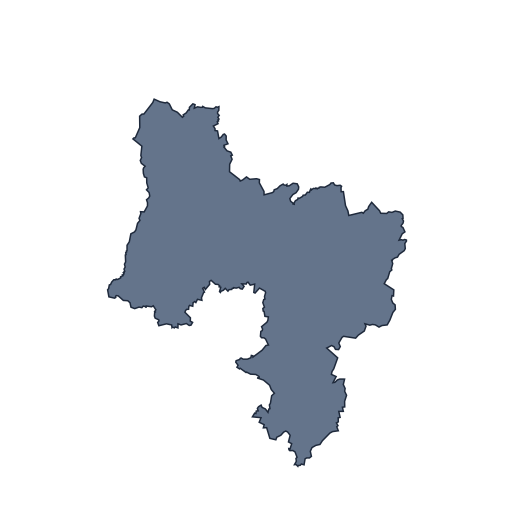 outline of Castlecomer Lea-6, Kilkenny, Ireland, rotated 46°
{"feature_id": "5873133B64283034933999", "entity_name": "Castlecomer Lea-6", "entity_type": "district", "adm_level": 2, "iso_a3": "IRL", "parent_name": "Ireland", "parent_adm1": "Kilkenny", "projection": "mercator", "projection_center": [-7.296, 52.74], "detail": "fine", "context": "isolated", "style": "filled", "palette": "slate", "viewbox_px": 512, "rotation_deg": 46, "n_neighbors": 0, "source": "geoboundaries", "source_scale": "gbopen_adm2", "svg_char_len": 6153}
<svg xmlns="http://www.w3.org/2000/svg" viewBox="0 0 512 512"><g transform="rotate(46 256 256)"><path d="M74.6,242.6L82.9,250.4L87.1,260.6L86.2,262.0L86.3,263.2L97.7,261.8L103.7,269.0L105.7,269.9L106.9,272.9L109.7,274.1L114.4,273.4L114.6,275.8L115.3,277.0L118.3,279.6L121.6,281.3L123.8,280.3L127.5,283.8L132.1,286.2L132.3,288.8L136.1,288.8L139.1,290.8L139.7,292.9L139.5,295.7L142.3,297.0L144.6,299.3L146.6,305.8L143.9,308.3L145.5,309.4L147.7,314.0L149.8,314.8L150.2,318.5L153.8,324.2L154.3,326.7L153.1,330.6L157.8,337.3L158.7,341.3L162.4,344.9L162.4,345.9L163.2,346.2L163.1,347.4L164.7,348.5L164.5,349.3L169.7,353.9L170.5,356.3L173.1,357.8L173.7,360.0L175.8,361.0L175.6,361.9L176.3,362.3L175.9,363.1L177.0,363.3L177.4,364.3L176.8,365.2L177.7,365.5L176.9,367.8L177.7,368.5L176.8,371.8L175.4,372.6L175.7,373.4L174.3,374.8L174.5,377.9L175.5,380.5L174.9,381.6L177.1,384.7L177.2,386.2L183.2,390.2L188.1,387.0L188.4,385.7L187.5,385.1L187.4,384.0L189.0,382.8L195.8,382.3L199.1,379.3L202.1,379.1L206.0,381.5L209.6,379.8L211.5,375.6L213.9,374.0L213.7,371.9L215.7,370.6L216.9,371.0L215.7,369.7L220.0,366.4L220.4,364.5L225.1,365.4L225.6,367.6L226.4,367.4L226.4,368.3L228.6,370.8L230.7,371.7L234.3,370.3L235.3,370.9L235.5,372.9L238.7,374.3L242.6,367.5L247.0,364.6L249.2,366.2L249.2,365.4L251.0,364.7L250.9,363.4L253.5,362.1L250.6,359.2L253.5,357.8L256.2,353.0L259.6,352.3L260.6,350.8L259.7,347.7L257.2,348.5L254.9,346.1L247.1,346.2L246.3,344.6L246.2,343.0L247.5,341.5L245.6,339.3L245.4,338.1L248.2,336.4L245.9,333.7L246.2,331.7L247.7,331.6L246.5,328.2L250.3,325.7L248.2,324.3L245.9,319.1L246.2,318.2L242.2,316.8L242.6,315.0L244.9,315.7L244.2,309.0L242.0,307.2L242.3,305.2L248.1,304.8L250.2,303.0L252.2,302.9L252.5,303.9L254.0,303.1L256.3,307.0L257.5,306.9L257.0,305.8L258.0,303.3L257.9,300.6L261.8,300.6L261.5,298.7L263.2,296.7L262.8,295.5L263.6,294.5L263.3,294.0L265.3,292.6L266.8,289.9L268.6,290.0L270.3,288.9L269.6,285.7L266.2,285.5L269.4,282.5L268.8,280.8L269.3,279.9L273.0,280.4L275.3,276.5L280.7,282.9L282.0,282.4L281.5,275.8L287.8,273.9L289.1,274.6L291.1,278.1L293.2,279.5L292.7,280.7L294.3,283.5L298.7,285.5L298.5,287.5L300.6,289.1L301.5,288.7L305.6,291.5L308.4,289.4L310.6,292.3L311.2,294.2L310.7,301.1L313.1,302.0L314.0,303.3L313.6,304.9L316.8,308.6L318.6,308.8L320.4,307.1L322.4,306.8L328.7,308.9L327.3,311.0L328.0,317.0L326.6,328.4L325.6,327.6L324.3,328.4L325.6,330.4L324.2,333.9L321.3,336.9L319.0,337.6L318.7,338.6L319.1,339.6L317.5,343.0L318.3,344.3L322.1,344.8L322.8,347.0L325.8,346.3L325.8,345.4L332.9,344.1L333.0,343.4L337.2,342.0L341.1,338.4L344.8,337.5L345.7,338.2L344.5,339.9L350.4,336.8L358.4,336.0L362.7,337.8L367.5,338.1L367.4,341.8L372.0,348.0L372.4,349.8L375.5,352.0L375.0,353.1L376.8,356.0L372.5,355.5L369.1,356.8L366.8,355.9L366.2,358.9L366.6,360.9L368.9,362.0L367.7,363.5L369.2,365.5L368.1,366.1L369.2,370.3L375.8,364.7L377.8,369.2L383.0,367.3L384.7,370.1L386.9,367.6L396.8,372.7L402.0,369.4L400.8,366.9L402.2,362.7L401.9,358.4L402.6,356.2L404.5,355.5L408.7,356.0L412.3,361.8L415.8,360.7L418.4,365.5L417.3,366.2L418.3,366.9L419.5,366.9L421.6,364.6L424.0,364.0L429.3,366.3L429.4,367.9L431.7,369.6L432.8,373.3L433.9,372.0L436.4,372.0L436.0,371.2L437.3,369.6L437.1,367.9L439.6,366.5L436.0,361.6L436.4,359.9L438.4,357.8L438.6,355.3L434.2,352.6L432.7,348.8L433.8,344.5L436.0,340.9L435.0,336.6L434.7,325.8L435.5,322.9L438.9,318.2L434.9,316.5L435.0,314.9L431.9,314.1L432.5,312.0L429.5,309.3L430.5,307.6L425.3,304.4L428.4,301.1L424.8,298.9L426.2,297.0L422.1,293.2L419.1,287.6L414.9,286.2L413.2,283.9L409.1,282.5L406.1,277.8L402.6,281.4L401.7,283.5L401.7,287.0L400.6,288.6L398.4,282.1L393.6,284.0L391.9,281.6L391.2,278.5L386.0,268.0L371.3,269.1L372.9,263.8L375.5,262.9L378.4,263.7L380.7,261.6L379.7,258.3L376.1,256.9L374.3,250.7L374.6,248.8L384.3,241.4L384.0,237.3L385.2,230.2L382.9,225.6L380.4,224.7L384.8,222.2L386.1,219.8L388.4,218.0L392.6,216.9L393.5,213.7L396.7,209.5L395.1,204.2L391.7,196.8L391.2,192.8L387.8,189.9L384.8,190.2L381.2,188.8L379.0,185.7L380.3,184.9L376.1,180.4L365.0,183.0L363.6,178.7L363.7,176.9L360.2,170.7L360.4,168.0L359.1,167.4L356.4,162.9L353.5,161.5L353.9,161.0L353.3,160.5L353.9,157.3L355.1,155.0L354.2,151.9L355.1,145.7L354.4,143.5L350.4,140.3L349.8,137.4L349.0,136.7L347.4,137.6L346.7,139.3L345.2,140.1L344.0,142.1L341.6,135.4L342.1,132.1L337.6,130.5L335.7,131.0L334.9,130.3L334.5,127.4L333.3,125.6L330.8,124.9L331.1,124.1L328.4,121.8L324.6,121.8L320.4,124.6L319.1,127.9L316.4,129.9L316.2,132.4L311.9,136.6L309.2,135.7L297.7,135.5L298.7,140.6L300.0,143.0L299.3,146.1L299.8,149.1L298.1,149.5L291.3,161.1L287.5,158.6L281.9,156.6L270.4,148.4L268.9,150.1L265.8,147.3L265.3,146.0L263.6,146.3L261.6,148.9L259.5,150.1L257.1,149.5L255.6,151.4L255.9,153.2L254.3,158.8L251.3,161.4L250.5,162.8L250.9,163.6L249.9,164.9L250.1,165.4L248.7,165.6L248.9,166.3L247.3,167.7L247.0,169.6L246.0,169.9L246.8,170.6L246.2,171.0L247.3,173.4L245.8,174.8L246.4,178.1L245.0,179.9L245.5,181.1L244.6,184.7L243.5,185.5L244.3,186.7L243.6,189.2L244.3,191.8L245.2,192.5L244.4,192.8L244.8,193.7L243.7,192.6L240.8,193.1L238.2,191.8L237.4,186.8L238.3,183.2L237.5,179.1L236.0,177.3L232.7,176.2L229.4,178.8L228.6,183.3L227.2,185.2L226.0,184.1L225.9,185.3L224.5,186.5L223.1,186.5L222.2,190.0L222.3,193.9L221.0,196.9L222.0,198.5L221.8,200.2L217.6,207.7L215.1,205.4L205.7,202.8L203.4,200.4L200.8,201.9L196.5,207.2L192.5,207.9L192.0,212.9L191.1,215.3L189.7,214.7L177.0,216.5L171.7,211.2L169.8,206.0L166.4,204.6L167.0,203.0L163.8,202.0L160.2,203.8L155.4,203.4L155.6,202.7L154.1,202.2L155.8,198.2L151.8,196.9L149.0,194.1L146.4,193.9L145.8,195.1L146.3,198.3L145.8,201.1L139.3,196.8L137.3,198.3L135.9,197.0L132.9,196.4L134.4,191.4L132.5,190.6L132.8,189.1L131.7,188.9L131.8,187.5L129.7,187.1L129.3,184.8L126.9,184.7L125.7,183.6L125.4,181.6L122.8,178.9L122.1,180.6L120.9,181.1L120.8,183.5L119.9,184.8L114.2,189.6L111.4,190.4L111.8,191.2L110.6,192.6L108.1,194.4L106.8,197.7L104.8,194.7L102.7,195.7L102.8,200.6L104.6,202.5L103.9,203.2L104.6,206.8L103.9,210.4L105.2,210.9L105.1,212.6L98.0,212.7L92.7,214.7L86.4,212.7L83.6,213.2L82.9,214.9L78.4,217.9L72.4,220.3L73.9,223.6L76.0,238.0L74.7,239.5L74.6,242.6Z" fill="#64748b" stroke="#1e293b" stroke-width="1.5"/></g></svg>